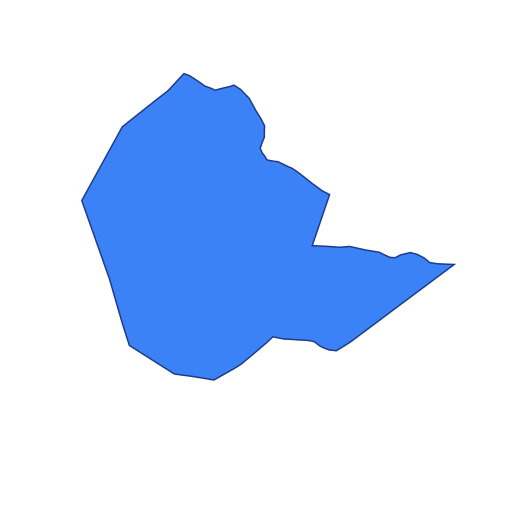 La Treille, Anse-la-Raye, Saint Lucia, rotated 117°
{"feature_id": "8701671B33386018665106", "entity_name": "La Treille", "entity_type": "district", "adm_level": 2, "iso_a3": "LCA", "parent_name": "Saint Lucia", "parent_adm1": "Anse-la-Raye", "projection": "robinson", "projection_center": [-60.998, 13.941], "detail": "fine", "context": "isolated", "style": "filled", "palette": "blue", "viewbox_px": 512, "rotation_deg": 117, "n_neighbors": 0, "source": "geoboundaries", "source_scale": "gbopen_adm2", "svg_char_len": 1367}
<svg xmlns="http://www.w3.org/2000/svg" viewBox="0 0 512 512"><g transform="rotate(117 256 256)"><path d="M167.9,218.3L167.9,226.6L165.8,239.3L164.4,246.1L162.3,256.7L161.5,264.0L161.8,267.8L162.0,279.3L163.3,282.6L165.0,288.2L165.3,290.2L163.6,292.6L161.1,297.5L158.0,301.3L156.2,301.3L153.6,301.9L146.4,302.5L141.0,305.2L136.1,307.5L131.4,314.0L126.2,322.6L118.7,333.5L114.6,345.3L113.8,353.3L116.9,356.2L121.8,362.1L126.8,367.7L127.0,372.5L127.8,379.0L126.8,385.1L125.5,397.2L125.8,399.3L126.2,403.0L126.9,403.2L134.5,405.4L147.5,409.1L148.8,409.5L164.1,416.7L201.6,433.8L285.7,436.4L342.9,376.2L366.4,354.2L377.5,343.7L393.2,328.2L398.2,275.3L396.5,270.2L392.7,259.6L385.5,237.1L365.6,224.0L359.3,220.2L341.7,212.7L328.2,207.1L320.3,204.3L318.2,196.5L317.8,195.4L317.5,194.1L317.3,193.4L316.0,190.6L313.2,184.2L312.4,182.2L310.2,177.2L309.2,175.1L307.8,171.9L307.2,169.6L306.4,167.7L306.2,166.3L305.9,164.8L306.3,162.9L306.9,159.9L307.2,157.9L307.2,155.6L306.8,151.0L306.5,148.0L304.9,144.1L304.0,141.5L302.9,140.8L297.8,137.7L294.7,135.7L293.6,135.1L289.1,132.5L238.0,107.4L173.6,75.6L176.5,81.9L180.6,90.9L183.0,98.3L181.4,105.1L181.4,113.4L182.9,120.1L189.4,127.7L194.4,131.3L196.4,136.0L196.7,142.3L196.7,147.9L200.9,161.1L205.0,176.9L210.3,185.5L215.1,197.0L219.6,206.9L221.3,210.6L167.9,218.3Z" fill="#3b82f6" stroke="#1e3a8a" stroke-width="1.5"/></g></svg>